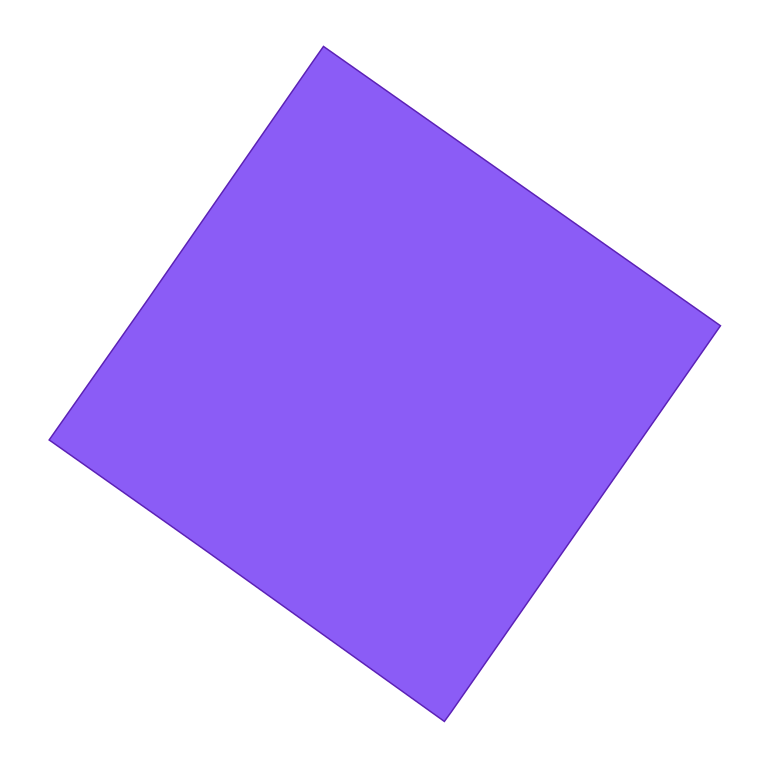 Rooks, Kansas, United States of America, rotated 305°
{"feature_id": "52423323B35530084961770", "entity_name": "Rooks", "entity_type": "district", "adm_level": 2, "iso_a3": "USA", "parent_name": "United States of America", "parent_adm1": "Kansas", "projection": "albers", "projection_center": [-99.363, 39.35], "detail": "fine", "context": "isolated", "style": "filled", "palette": "violet", "viewbox_px": 768, "rotation_deg": 305, "n_neighbors": 0, "source": "geoboundaries", "source_scale": "gbopen_adm2", "svg_char_len": 291}
<svg xmlns="http://www.w3.org/2000/svg" viewBox="0 0 768 768"><g transform="rotate(305 384 384)"><path d="M607.1,140.8L317.6,142.1L146.1,141.8L145.6,286.5L145.3,334.9L142.2,627.0L153.8,627.2L624.7,626.2L625.8,140.8L607.1,140.8Z" fill="#8b5cf6" stroke="#5b21b6" stroke-width="1.5"/></g></svg>